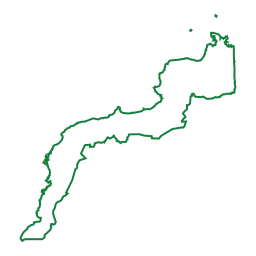 Zamboanga del Norte, Zamboanga del Norte, Philippines
{"feature_id": "2640588B39288775379873", "entity_name": "Zamboanga del Norte", "entity_type": "district", "adm_level": 2, "iso_a3": "PHL", "parent_name": "Philippines", "parent_adm1": "Zamboanga del Norte", "projection": "albers", "projection_center": [122.692, 8.0], "detail": "fine", "context": "isolated", "style": "outline", "palette": "green", "viewbox_px": 256, "rotation_deg": 0, "n_neighbors": 0, "source": "geoboundaries", "source_scale": "gbopen_adm2", "svg_char_len": 5711}
<svg xmlns="http://www.w3.org/2000/svg" viewBox="0 0 256 256"><path d="M233.9,58.8L233.8,46.7L233.4,46.6L233.3,46.1L232.4,46.0L231.4,47.0L231.1,46.6L231.6,45.8L231.3,45.3L230.8,45.7L230.2,45.5L229.7,46.1L229.0,45.3L228.9,46.7L228.4,46.7L227.8,45.9L227.3,46.0L226.8,45.0L225.2,43.9L225.2,42.4L224.8,42.0L225.8,41.3L225.8,40.3L227.7,38.6L226.9,36.2L225.8,36.4L224.7,38.0L224.0,38.0L223.4,38.8L222.5,37.7L221.7,37.8L221.1,37.5L220.5,38.4L220.5,36.6L218.4,34.3L213.5,32.9L211.1,32.8L211.3,33.9L211.0,35.7L212.5,36.2L212.3,37.1L212.9,37.0L212.6,37.6L213.0,37.8L213.0,38.4L213.5,36.2L214.2,36.1L214.1,36.8L214.6,37.0L214.8,37.8L213.7,38.3L213.5,39.5L214.0,39.5L214.0,39.9L215.1,39.7L215.4,39.9L215.4,40.0L214.5,40.5L216.2,40.6L216.6,41.2L215.2,44.0L215.6,44.7L215.4,45.0L214.7,44.7L212.8,46.2L211.6,44.5L210.3,44.2L210.0,43.7L209.4,44.3L207.4,44.8L207.2,45.1L207.5,45.4L207.0,45.2L207.3,45.5L206.8,47.4L205.5,50.5L205.6,50.8L206.1,50.2L206.2,50.3L205.5,50.9L204.9,54.3L204.3,54.6L204.5,54.9L204.0,56.0L201.4,59.7L200.2,60.2L200.2,60.5L196.7,60.9L195.2,60.6L194.3,59.9L191.6,59.7L187.7,58.3L185.7,58.2L185.7,58.5L179.6,59.6L170.3,60.5L169.2,61.1L168.6,62.2L167.6,63.1L167.9,63.0L167.8,63.5L167.6,63.3L167.0,64.0L166.1,63.9L165.4,64.7L164.9,66.5L165.2,67.0L164.6,67.9L164.6,69.4L164.2,70.0L164.3,69.9L164.5,69.9L164.5,70.0L163.8,70.3L162.8,72.3L161.3,72.7L160.9,73.3L160.0,73.2L159.4,73.9L159.4,78.6L160.4,80.4L160.3,81.4L160.7,82.2L159.9,85.0L158.8,86.3L156.5,87.0L155.0,86.6L154.4,87.7L153.9,87.8L155.1,89.9L155.3,91.5L156.2,91.6L156.7,92.5L157.7,93.3L157.7,93.9L160.4,95.0L160.4,95.3L160.8,94.9L161.4,95.2L161.5,96.6L161.2,98.1L161.8,98.3L161.4,98.5L161.5,100.0L160.7,101.6L160.0,102.1L158.8,102.2L156.9,103.8L156.2,103.9L155.1,105.6L152.0,108.1L149.4,109.3L147.5,109.0L144.8,109.5L143.8,108.8L143.8,109.3L143.6,109.4L143.6,109.0L143.4,109.7L142.1,110.8L139.8,111.7L132.8,112.9L131.7,112.7L131.5,113.1L128.8,113.5L123.8,113.1L121.3,112.2L120.1,110.6L120.2,109.9L119.7,109.5L119.9,107.6L118.2,106.8L117.1,109.0L115.1,110.5L114.1,113.2L112.0,114.6L109.4,115.1L109.1,115.6L109.2,116.4L108.1,117.2L105.9,117.8L104.1,117.7L103.0,118.3L100.2,118.1L100.5,118.2L99.4,119.1L98.4,119.5L94.6,118.6L92.8,118.5L84.5,121.7L83.1,121.6L79.0,122.4L77.7,123.3L77.2,122.9L76.8,123.7L74.9,124.5L73.9,125.6L70.8,126.2L69.9,127.4L67.3,128.3L66.5,129.4L65.1,129.9L64.3,131.8L63.1,132.2L61.2,134.1L61.5,135.2L62.5,136.0L62.7,136.8L62.5,138.4L61.7,140.1L59.0,143.2L57.0,144.4L54.6,145.1L53.2,146.4L52.9,148.0L52.0,148.9L52.4,149.4L52.2,149.9L51.2,150.6L51.0,151.6L50.6,151.4L50.4,151.8L51.0,152.4L50.8,153.3L49.8,153.7L48.9,154.5L48.5,154.3L48.5,153.8L48.2,154.0L48.6,155.7L47.9,156.6L48.2,156.9L47.8,157.3L46.7,157.4L46.1,155.6L45.6,156.8L47.5,159.1L48.5,159.3L48.6,159.9L47.6,160.5L47.5,160.0L46.9,161.0L46.8,159.5L45.9,159.1L45.4,159.5L45.6,159.7L45.2,160.2L45.3,160.8L44.8,160.8L44.5,161.6L44.3,161.3L44.0,161.6L43.6,162.4L44.2,162.3L44.6,162.6L44.7,163.3L45.2,164.0L46.3,163.3L46.9,163.7L47.0,164.3L47.3,163.9L48.6,168.5L49.5,169.9L49.9,171.4L49.8,175.1L49.4,175.7L49.0,175.7L48.5,176.6L48.8,177.1L47.9,177.6L48.3,177.9L48.2,178.9L46.6,179.6L46.6,180.3L46.0,180.7L47.5,181.7L48.3,182.8L48.7,182.6L48.8,181.7L49.5,181.4L49.5,181.8L50.1,181.6L49.9,182.2L50.1,182.0L50.7,182.6L51.0,183.8L50.3,185.4L48.9,185.6L49.0,186.1L48.6,186.5L48.0,186.3L47.0,186.8L47.1,187.8L46.1,188.1L45.6,188.9L46.1,189.4L45.5,190.2L44.4,190.6L43.5,189.8L43.1,190.6L42.4,190.0L41.8,190.7L41.8,192.0L42.6,192.8L43.6,193.1L43.9,192.5L44.1,193.9L42.1,194.9L41.4,196.4L41.4,197.8L40.3,199.2L40.5,199.7L39.5,200.2L39.4,201.0L40.2,201.9L39.8,202.7L40.1,203.3L39.8,206.4L39.1,207.7L38.1,208.4L38.5,210.5L37.1,211.1L36.4,212.2L36.5,213.2L37.1,213.5L36.8,215.0L37.2,216.2L39.0,217.7L40.8,217.8L40.6,220.1L40.1,221.2L39.1,221.7L37.6,221.6L33.9,222.4L34.2,223.4L33.2,224.7L31.2,225.0L30.0,226.1L28.7,226.5L27.3,228.2L27.2,229.1L24.9,230.9L23.1,232.8L20.8,237.4L20.6,238.7L21.2,239.9L22.0,240.5L22.6,240.2L22.7,240.6L23.8,239.7L25.5,239.2L42.2,239.2L44.6,237.3L44.6,235.1L50.0,230.2L51.3,227.2L50.7,225.4L51.3,224.0L52.2,223.9L53.2,224.7L54.9,223.9L55.8,222.0L53.1,213.7L53.2,211.0L55.0,207.6L55.6,204.5L56.9,202.5L60.5,200.8L61.7,199.6L63.2,196.4L65.6,195.5L67.6,193.5L66.0,192.8L72.2,180.2L75.3,169.5L77.1,167.8L77.3,164.0L79.5,160.3L85.6,158.3L81.0,153.6L85.0,145.1L90.1,144.7L90.3,146.1L89.8,146.2L89.8,146.8L93.8,146.7L94.3,146.0L94.8,143.2L98.4,142.3L101.0,142.8L103.4,142.3L104.5,141.3L104.7,141.9L107.6,137.4L110.1,138.6L112.4,137.2L113.8,135.6L114.1,136.0L114.0,136.6L116.7,139.3L116.6,141.0L117.2,141.3L117.8,140.9L119.7,142.1L119.7,143.3L120.0,142.7L120.7,143.0L120.8,142.3L122.4,141.9L126.0,141.9L127.0,139.3L127.5,139.2L127.2,137.6L128.7,136.0L129.1,134.4L139.2,134.2L144.2,135.6L151.7,136.2L151.8,138.3L158.9,138.6L160.7,136.3L162.5,135.0L172.5,129.0L181.9,127.4L182.9,127.6L184.5,126.3L186.0,121.5L182.0,121.7L181.9,120.8L184.2,118.0L185.4,117.2L184.5,115.3L183.6,114.6L183.0,113.4L184.1,111.9L187.0,109.1L187.0,105.1L188.9,104.9L190.0,103.5L190.6,96.4L192.2,95.9L191.8,94.2L192.5,93.8L193.5,93.7L194.1,94.2L194.3,95.1L195.4,96.8L201.7,97.2L202.6,96.7L203.7,96.7L204.8,97.8L207.2,98.9L211.4,98.6L214.2,97.9L214.8,97.2L215.6,97.1L216.7,97.5L218.4,97.0L219.8,97.3L221.0,95.4L221.6,95.4L223.5,94.2L224.6,94.4L227.0,93.6L228.4,93.9L229.8,93.5L230.4,93.8L230.5,93.5L231.1,93.8L231.9,93.3L232.3,92.4L233.5,92.9L234.4,92.5L234.4,89.3L234.8,89.1L235.4,86.7L234.5,82.6L235.0,82.2L234.4,77.3L234.5,67.7L234.0,62.4L234.3,62.0L234.1,62.0L233.9,58.8ZM216.3,16.7L216.5,15.8L215.5,15.4L215.5,16.3L216.3,16.7ZM191.3,29.9L190.4,30.0L190.2,30.6L191.2,30.7L191.5,30.4L191.3,29.9ZM227.2,42.1L226.2,41.9L226.2,42.8L227.2,42.1Z" fill="none" stroke="#15803d" stroke-width="2"/></svg>